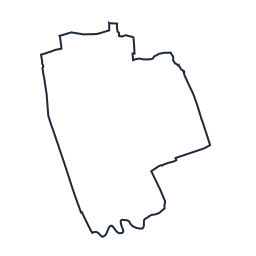 Suceveni, Galati, Romania, rotated 85°
{"feature_id": "2599482B11072289553069", "entity_name": "Suceveni", "entity_type": "district", "adm_level": 2, "iso_a3": "ROU", "parent_name": "Romania", "parent_adm1": "Galati", "projection": "natural_earth1", "projection_center": [28.039, 45.986], "detail": "fine", "context": "isolated", "style": "outline", "palette": "slate", "viewbox_px": 256, "rotation_deg": 85, "n_neighbors": 0, "source": "geoboundaries", "source_scale": "gbopen_adm2", "svg_char_len": 4785}
<svg xmlns="http://www.w3.org/2000/svg" viewBox="0 0 256 256"><g transform="rotate(85 128 128)"><path d="M56.7,78.8L56.6,79.0L56.6,80.5L56.6,81.2L56.6,81.7L56.5,82.3L56.2,85.3L56.1,85.6L56.2,86.0L56.3,86.4L56.6,87.7L56.6,87.8L56.6,88.0L56.6,88.3L56.6,89.1L56.7,89.8L56.9,90.8L57.1,91.5L57.9,92.5L58.6,95.1L59.3,95.8L61.0,97.5L61.3,98.0L61.4,99.2L61.4,102.0L61.3,103.6L61.1,105.6L60.9,106.9L60.2,109.3L59.8,110.8L60.0,112.7L60.2,114.9L60.8,117.0L54.2,117.0L54.5,115.0L48.4,114.8L45.3,114.7L41.0,114.7L38.1,114.7L37.6,115.8L37.3,116.7L36.6,118.9L36.4,119.6L36.1,120.2L35.6,121.4L35.5,121.9L35.5,122.3L35.6,123.2L35.7,123.7L36.0,125.0L36.4,126.2L36.4,126.5L36.2,126.9L35.7,127.7L35.7,127.9L35.7,128.4L35.7,128.7L35.6,128.9L35.2,129.0L34.7,129.0L33.5,128.6L33.0,128.6L32.2,128.8L31.7,129.3L31.3,129.7L31.1,130.1L29.5,130.1L26.4,130.2L25.0,130.0L23.5,129.9L23.0,129.8L22.9,130.5L22.0,137.6L21.9,137.7L22.9,137.7L24.5,137.8L24.9,137.9L26.4,137.9L26.5,137.9L26.7,138.0L28.4,138.1L28.6,138.1L29.1,138.1L30.8,146.3L31.6,150.6L31.7,151.2L31.6,151.4L31.4,156.1L31.5,156.4L31.4,156.6L31.3,157.1L31.2,157.5L31.1,159.9L30.9,163.2L30.9,164.1L30.8,164.5L28.9,171.9L28.9,172.0L28.0,175.4L27.8,176.0L27.9,176.4L28.5,179.6L29.4,183.8L30.2,188.0L30.5,187.8L33.6,187.7L39.4,187.4L43.2,187.4L43.3,188.0L43.3,189.1L43.5,190.9L43.6,191.6L43.8,193.2L43.9,193.8L44.5,195.9L44.8,197.0L45.3,198.6L45.6,200.5L46.7,204.8L47.3,208.2L48.4,208.2L50.4,208.0L53.1,207.8L55.5,207.8L56.1,208.0L56.4,207.9L57.0,207.7L57.5,207.4L58.4,207.1L59.5,207.0L60.6,207.9L60.7,208.0L65.6,207.7L66.9,207.6L70.8,207.2L72.9,207.0L75.3,206.9L79.6,206.6L80.1,206.6L81.0,206.6L81.5,206.5L84.3,206.3L87.7,206.1L101.5,206.3L107.1,206.3L108.1,206.3L109.5,206.2L111.4,205.8L112.9,205.4L114.5,205.1L116.1,204.7L117.5,204.4L119.6,203.9L123.2,202.9L123.9,202.7L126.9,202.0L132.2,200.7L133.7,200.3L140.6,198.6L160.2,193.9L174.5,190.6L175.0,190.5L182.5,188.8L190.2,186.9L197.7,184.9L208.0,182.2L207.7,181.4L217.2,177.8L221.3,176.2L226.5,174.1L228.0,173.4L229.4,172.6L229.0,171.8L228.7,170.8L228.7,170.2L228.7,169.6L228.8,168.8L229.0,168.2L229.3,167.7L229.8,167.1L230.3,166.5L230.9,165.9L231.6,165.4L232.4,164.8L233.1,164.2L233.7,163.7L233.9,163.4L234.0,162.9L234.1,162.4L233.9,161.9L233.7,161.4L233.3,160.7L232.9,160.1L232.5,159.7L232.0,159.2L231.2,158.7L230.6,158.4L229.8,157.9L229.0,157.5L228.1,157.1L227.1,156.5L226.2,156.1L225.5,155.7L225.1,155.3L224.8,155.0L224.4,154.6L224.1,154.2L223.9,153.7L223.8,153.3L224.0,152.7L224.4,152.2L224.7,152.0L225.0,151.5L225.6,151.2L226.2,150.8L226.9,150.4L227.6,150.0L228.3,149.5L229.1,149.1L229.8,148.6L230.3,148.2L230.7,147.8L231.1,147.4L231.4,147.0L231.6,146.6L231.9,146.0L232.0,145.7L232.1,145.2L232.1,144.2L232.1,143.7L232.0,143.0L231.8,142.6L231.5,142.3L231.2,142.0L230.8,141.8L230.3,141.8L229.7,141.7L229.1,141.8L228.4,141.9L227.6,142.2L226.6,142.5L225.8,142.8L224.7,143.0L223.7,143.2L222.6,143.4L221.6,143.4L220.8,143.5L220.2,143.4L219.7,143.2L219.3,142.9L219.1,142.4L219.0,141.9L219.1,140.7L219.2,140.2L219.4,139.1L219.6,138.1L219.8,137.4L220.0,136.6L220.4,136.0L220.8,135.5L221.3,135.0L221.7,134.8L222.4,134.5L223.1,134.2L223.7,133.9L224.3,133.5L225.2,132.8L226.0,132.1L226.5,131.4L226.9,130.9L227.2,130.2L227.7,129.5L228.0,128.7L228.3,128.0L228.6,127.2L228.9,126.3L229.2,125.0L229.3,124.2L229.4,123.6L229.3,123.0L229.3,122.5L229.0,122.0L228.7,121.7L228.2,121.4L227.7,121.1L227.0,120.8L226.5,120.7L225.9,120.6L224.8,120.5L223.2,120.4L222.5,120.3L221.7,120.1L221.2,119.9L220.6,119.6L220.3,119.3L220.0,118.8L219.6,117.9L219.2,117.1L218.8,116.2L218.2,115.3L217.6,114.4L217.2,113.5L216.9,112.6L216.7,111.8L216.6,110.8L216.5,109.7L216.4,108.7L216.3,107.7L216.2,106.9L216.0,106.2L215.7,105.4L215.4,104.7L215.0,103.8L214.5,102.9L214.2,102.7L213.5,101.8L213.0,101.1L212.2,100.0L211.5,98.9L211.3,98.6L210.8,98.6L209.9,98.6L208.3,98.4L207.9,98.3L206.8,98.2L205.9,97.6L204.2,97.5L192.7,101.1L180.1,105.9L173.6,108.4L173.1,108.6L171.9,106.5L168.8,100.8L168.3,99.4L168.0,97.9L168.3,97.1L168.0,96.8L167.3,95.0L167.3,94.3L166.9,93.3L166.4,91.6L165.3,85.3L164.3,82.7L162.1,83.3L161.8,82.3L161.4,80.6L159.0,70.9L156.5,60.2L156.2,59.1L155.4,55.6L154.5,53.0L154.0,51.8L152.3,47.8L151.0,48.0L148.3,48.6L143.7,49.6L138.7,50.8L129.6,52.9L126.3,53.8L119.9,55.2L117.4,55.7L110.6,57.2L100.3,59.9L98.8,60.4L93.0,62.6L86.0,65.1L80.4,67.1L78.8,67.4L78.4,67.6L78.1,67.6L78.1,67.4L77.2,67.1L76.4,67.3L75.9,67.6L76.0,67.9L75.8,68.4L75.3,68.8L75.1,68.8L74.5,69.6L74.5,69.8L73.4,70.4L72.0,71.0L71.2,71.3L70.8,71.7L70.5,72.0L70.3,72.0L70.2,72.0L70.4,72.2L70.1,72.5L69.7,73.0L69.5,72.9L69.6,73.0L69.0,73.5L68.9,73.8L68.2,74.4L68.1,74.7L67.9,75.2L67.8,75.5L67.0,75.8L66.4,76.2L65.8,76.5L64.8,77.0L64.2,77.1L63.0,76.9L62.0,76.9L61.3,76.8L61.0,76.8L57.9,78.5L57.5,78.6L56.7,78.8Z" fill="none" stroke="#1e293b" stroke-width="2"/></g></svg>